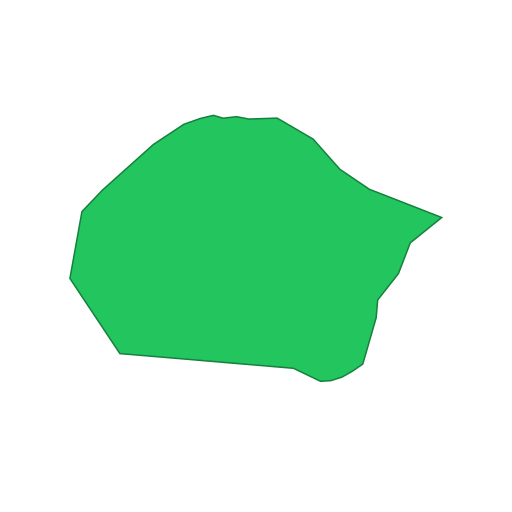 map outline of Cerklje na Gorenjskem (Equal Earth projection), rotated 50°
{"feature_id": "SVN-942", "entity_name": "Cerklje na Gorenjskem", "entity_type": "Municipality", "adm_level": 1, "iso_a3": "SVN", "parent_name": "Slovenia", "parent_adm1": "", "projection": "equal_earth", "projection_center": [14.503, 46.257], "detail": "fine", "context": "isolated", "style": "filled", "palette": "green", "viewbox_px": 512, "rotation_deg": 50, "n_neighbors": 0, "source": "natural_earth", "source_scale": "10m", "svg_char_len": 493}
<svg xmlns="http://www.w3.org/2000/svg" viewBox="0 0 512 512"><g transform="rotate(50 256 256)"><path d="M163.9,151.2L203.2,137.1L243.6,136.0L277.9,126.2L345.9,89.0L345.1,129.4L361.0,158.1L367.9,191.0L380.6,203.7L407.4,243.6L406.3,255.6L404.1,267.8L399.7,278.6L393.5,287.1L366.1,299.5L243.3,423.0L153.6,413.0L110.1,360.8L106.8,331.4L104.6,262.8L108.7,226.6L115.0,209.9L120.9,198.2L129.4,192.5L136.7,181.4L146.6,173.3L163.9,151.2Z" fill="#22c55e" stroke="#15803d" stroke-width="1.5"/></g></svg>